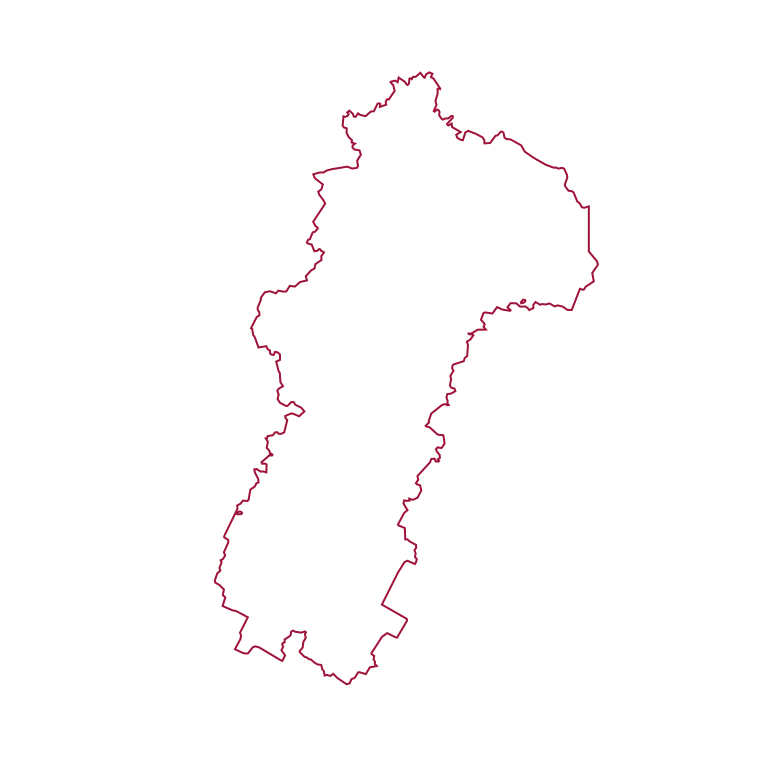 the Region of Vologda, rotated 114°
{"feature_id": "RUS-2359", "entity_name": "Vologda", "entity_type": "Region", "adm_level": 1, "iso_a3": "RUS", "parent_name": "Russia", "parent_adm1": "", "projection": "orthographic", "projection_center": [40.382, 60.042], "detail": "fine", "context": "isolated", "style": "outline", "palette": "rose", "viewbox_px": 768, "rotation_deg": 114, "n_neighbors": 0, "source": "natural_earth", "source_scale": "10m", "svg_char_len": 6135}
<svg xmlns="http://www.w3.org/2000/svg" viewBox="0 0 768 768"><g transform="rotate(114 384 384)"><path d="M240.1,242.6L241.7,246.7L240.6,252.2L241.5,257.2L243.7,259.7L243.1,265.6L245.4,268.3L246.8,272.4L248.1,273.5L247.5,278.9L251.0,279.8L253.8,278.4L257.4,281.4L256.2,283.4L255.7,286.5L258.0,291.1L256.5,295.9L258.7,301.3L263.7,302.4L265.1,298.4L265.9,298.6L267.8,306.0L267.8,312.0L275.5,313.6L277.5,320.8L278.8,322.0L285.9,321.5L287.8,317.2L288.7,316.2L291.2,316.4L292.9,313.1L296.3,320.5L302.7,325.0L303.6,328.1L303.9,326.2L302.7,323.4L303.0,322.2L308.3,323.2L311.6,325.5L314.3,323.1L324.7,319.4L327.4,320.8L330.7,320.4L337.8,328.4L339.6,328.9L342.0,328.1L343.7,325.9L349.7,326.7L352.3,324.6L358.4,323.3L360.0,321.0L359.5,317.8L361.5,315.9L365.5,318.8L367.4,322.1L371.1,321.4L373.4,319.1L375.8,318.2L376.9,316.4L377.6,317.6L377.5,319.9L379.5,322.4L391.8,328.8L399.8,328.1L400.9,327.2L405.2,329.0L405.6,328.3L405.1,324.4L408.2,315.0L408.2,313.4L406.7,309.2L407.3,308.5L413.8,304.4L418.6,305.2L419.2,305.6L420.1,309.3L422.5,310.0L424.2,308.2L426.2,304.3L428.8,302.9L430.9,304.3L431.9,302.3L432.8,302.8L433.7,305.3L431.7,307.5L433.2,310.3L436.8,310.1L454.4,316.0L457.7,313.8L461.7,314.5L462.2,313.1L461.9,309.8L466.1,306.6L474.2,307.1L478.1,310.5L478.5,314.3L480.1,313.2L481.8,316.3L482.0,318.2L485.2,317.7L489.7,311.2L493.4,313.1L506.8,314.1L507.3,313.0L507.1,306.4L517.3,301.4L516.4,299.4L517.4,296.4L518.0,289.2L520.7,288.0L523.4,288.6L525.9,286.2L529.4,285.3L530.6,282.9L533.1,282.3L535.9,282.5L535.9,290.7L538.3,292.8L550.1,294.5L586.4,296.2L589.2,268.4L589.6,267.3L591.2,266.7L610.4,268.9L610.7,270.1L610.3,279.8L615.8,283.0L635.1,286.0L635.9,285.2L636.3,282.4L640.0,281.4L641.2,279.4L643.4,278.6L644.6,275.9L648.6,281.7L656.4,282.6L657.3,289.3L657.9,290.3L664.4,291.2L666.9,293.7L671.4,293.6L673.5,296.1L671.6,306.9L669.4,312.5L672.5,314.2L673.0,317.9L674.5,319.6L670.7,322.2L669.7,324.3L666.2,327.1L667.2,330.7L666.8,334.3L665.4,338.8L665.9,340.6L665.2,343.6L665.6,345.5L663.3,351.7L662.3,352.4L657.8,351.1L652.3,352.8L647.9,352.2L644.6,354.5L642.6,354.3L642.2,355.6L644.8,358.5L646.5,364.6L646.2,366.5L646.8,367.3L648.2,368.1L651.1,367.2L653.1,367.8L657.8,370.9L660.4,369.7L661.9,371.1L663.4,371.1L665.1,369.2L668.9,369.4L672.1,364.0L678.2,364.2L678.4,365.9L675.4,390.9L676.0,394.8L677.7,396.7L685.4,398.7L686.7,401.3L687.1,403.9L686.9,412.3L675.1,411.4L671.8,412.4L669.7,414.4L652.5,413.5L651.6,426.5L652.4,430.8L652.5,441.1L643.5,442.2L642.4,445.4L636.9,446.6L634.6,452.4L634.0,457.5L632.4,458.6L624.8,459.3L621.2,457.6L618.9,459.5L613.1,459.8L611.5,461.6L609.4,459.9L605.2,459.4L602.8,461.8L591.8,461.8L589.8,463.0L589.1,467.7L587.3,468.1L557.5,467.1L554.7,468.7L551.7,466.4L547.9,465.4L546.4,461.2L545.0,460.6L534.8,463.1L530.0,460.3L526.6,460.2L525.0,458.6L521.7,460.5L517.5,465.8L514.8,467.8L513.5,465.9L514.2,460.8L513.1,459.2L512.6,455.6L505.3,458.5L505.0,459.9L506.4,463.0L505.3,464.1L496.0,459.8L494.7,457.1L494.0,457.1L493.5,458.6L493.9,459.9L491.6,461.5L490.0,465.2L484.0,466.6L481.8,469.9L481.1,468.7L479.0,469.2L476.0,464.7L472.5,463.8L471.5,462.0L472.3,459.9L471.4,457.7L468.8,455.5L456.3,457.7L455.0,460.4L453.4,461.2L448.6,456.8L448.1,454.5L448.0,448.4L441.4,445.6L439.3,450.0L439.0,456.7L437.3,458.9L438.1,461.3L443.4,463.3L443.9,464.6L443.5,471.3L441.0,475.1L436.4,476.0L433.6,478.7L431.3,478.4L427.1,475.4L424.4,479.4L416.3,483.7L415.1,485.5L407.4,491.6L404.2,488.8L399.3,491.1L398.4,493.8L398.9,496.6L402.4,496.6L402.9,499.3L402.4,500.5L399.7,501.9L399.5,504.5L397.3,506.9L401.7,513.5L393.8,521.1L392.3,523.5L387.3,526.8L387.1,528.2L374.5,527.5L372.0,525.7L369.0,527.2L367.7,529.5L365.5,530.5L357.4,530.7L355.3,531.6L348.7,530.2L345.7,526.0L345.1,519.6L341.7,518.5L340.7,514.0L339.2,510.9L332.7,510.0L331.2,505.0L325.0,502.2L320.7,496.5L317.4,499.3L309.6,496.7L306.8,494.5L302.4,495.4L296.2,491.6L292.6,493.3L288.2,492.3L287.9,493.0L288.0,495.4L286.9,497.1L287.0,498.0L289.5,499.2L291.1,501.6L286.0,506.8L286.6,510.5L286.2,512.0L283.0,512.0L282.0,510.6L274.5,510.8L273.0,509.0L269.1,507.8L268.4,507.9L267.4,511.1L264.6,514.7L243.2,511.1L240.9,513.9L237.5,520.0L235.0,522.3L231.7,520.4L226.6,521.0L224.1,530.9L221.2,533.9L217.1,529.0L215.2,525.1L212.6,523.5L209.3,519.5L200.4,506.0L200.1,500.6L197.6,496.7L195.3,496.4L190.9,499.4L183.9,498.4L180.5,501.5L181.8,506.2L180.8,508.9L179.0,509.7L176.2,508.3L176.5,511.9L174.4,512.3L172.8,516.7L169.7,520.4L165.8,521.9L165.5,522.4L166.0,524.6L164.9,526.8L156.0,529.9L155.8,528.2L153.6,526.1L151.8,526.1L150.9,528.1L148.4,526.8L149.8,522.4L152.1,520.2L151.3,518.5L147.3,517.8L147.9,515.3L146.8,509.8L140.4,506.8L139.0,504.2L130.5,503.9L129.5,502.4L129.7,501.2L132.5,500.5L128.0,495.6L125.7,497.2L123.6,497.2L122.5,496.8L122.1,495.3L111.9,493.5L107.3,497.0L105.8,500.7L105.1,500.8L102.3,497.1L102.8,494.3L98.1,495.2L99.4,488.1L101.2,485.0L101.2,484.0L99.3,483.4L94.7,485.0L94.0,484.3L94.2,482.6L91.6,482.4L90.5,480.0L84.9,477.4L87.7,472.3L87.5,471.3L84.2,471.6L80.9,469.4L80.9,465.9L84.5,466.0L84.9,462.8L91.2,452.9L91.8,452.7L91.9,454.6L92.6,455.1L97.2,453.0L104.3,452.2L107.6,449.6L114.4,449.6L114.6,448.4L111.7,447.2L111.6,445.6L112.8,444.0L116.0,443.0L118.2,439.5L118.5,437.6L116.7,436.3L115.3,433.4L111.9,431.6L111.3,430.1L113.0,429.5L120.8,432.2L121.6,431.1L121.5,430.2L118.6,428.2L121.6,426.3L122.6,416.4L126.9,419.4L129.3,417.2L129.7,412.9L129.2,411.1L121.2,412.0L118.5,410.1L118.1,401.9L118.6,394.4L120.2,391.7L123.3,390.1L120.7,385.1L111.9,383.1L110.7,381.5L105.9,379.8L105.4,378.5L105.8,377.1L110.0,374.0L110.4,371.5L109.1,368.1L110.2,355.7L114.5,349.9L116.5,339.2L117.9,325.8L117.5,318.7L117.2,316.3L116.3,315.1L116.2,312.1L114.1,309.3L114.0,307.0L118.5,301.9L120.9,300.5L128.4,299.9L130.0,298.5L132.4,293.9L131.4,290.7L132.0,288.6L138.6,281.7L139.4,278.6L142.0,275.2L141.6,272.8L138.4,269.1L179.6,250.8L185.3,239.3L188.0,237.1L197.9,238.9L204.9,234.1L213.1,239.3L216.5,239.9L217.0,240.6L217.3,243.7L240.1,242.6ZM253.8,292.2L254.5,291.4L252.9,289.4L250.8,288.5L249.9,289.2L250.4,291.3L253.8,292.2ZM561.9,466.4L562.6,465.9L562.5,464.5L560.9,461.5L559.7,461.1L559.0,462.2L559.0,463.9L561.9,466.4Z" fill="none" stroke="#9f1239" stroke-width="2"/></g></svg>